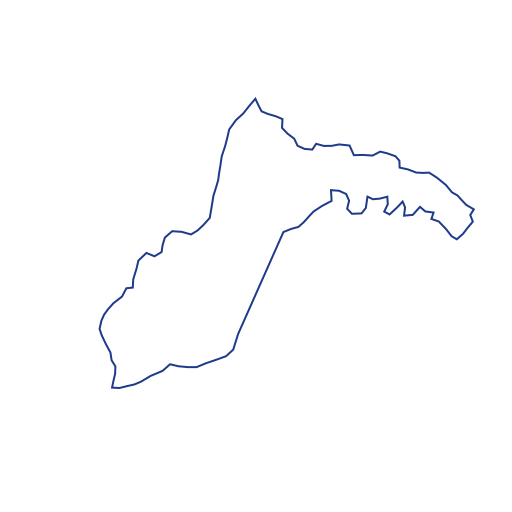 Riacho de Santo Antônio, Paraíba, Brazil, rotated 49°
{"feature_id": "56859067B45417589726630", "entity_name": "Riacho de Santo Antônio", "entity_type": "district", "adm_level": 2, "iso_a3": "BRA", "parent_name": "Brazil", "parent_adm1": "Paraíba", "projection": "robinson", "projection_center": [-36.132, -7.684], "detail": "fine", "context": "isolated", "style": "outline", "palette": "blue", "viewbox_px": 512, "rotation_deg": 49, "n_neighbors": 0, "source": "geoboundaries", "source_scale": "gbopen_adm2", "svg_char_len": 1757}
<svg xmlns="http://www.w3.org/2000/svg" viewBox="0 0 512 512"><g transform="rotate(49 256 256)"><path d="M372.3,69.8L365.6,67.4L363.7,61.0L355.4,63.8L348.9,64.1L342.5,64.2L336.6,66.3L326.8,66.1L315.5,68.1L306.6,70.7L302.8,75.5L298.2,80.3L290.2,84.6L283.5,89.6L278.2,85.3L272.2,85.3L264.6,89.6L258.7,93.8L256.7,102.1L249.6,109.3L244.1,116.0L234.0,112.9L226.3,120.1L222.4,126.8L217.4,132.6L210.8,137.0L212.6,143.7L207.0,149.1L200.1,152.3L192.5,150.2L184.5,151.9L176.4,152.3L170.0,146.2L163.5,149.4L156.8,153.7L150.5,156.9L143.5,155.2L136.9,153.3L138.3,162.6L140.1,172.4L140.3,182.0L142.9,193.2L148.3,200.6L152.8,207.2L158.3,216.5L164.1,223.2L169.1,229.3L173.8,234.6L177.3,240.0L182.6,248.6L189.6,257.0L196.9,265.9L198.1,275.5L198.4,283.4L197.1,290.9L188.9,296.3L182.3,303.0L182.3,312.7L186.7,319.6L191.1,324.7L189.6,332.8L181.8,336.7L182.3,347.8L187.1,354.4L193.1,364.0L199.0,369.7L195.3,375.0L198.7,383.7L198.1,394.7L199.1,402.7L200.6,409.1L203.4,415.1L208.4,421.9L214.8,424.5L223.7,427.0L233.4,429.2L240.0,433.4L247.0,434.5L252.4,439.5L256.5,445.2L260.9,451.0L266.0,445.7L270.0,437.9L273.2,432.0L275.4,425.2L277.3,414.4L281.4,401.8L281.3,391.9L288.3,386.9L295.0,380.5L300.9,373.7L304.2,363.9L308.1,354.4L312.0,344.2L311.7,334.6L303.1,320.6L255.9,219.6L258.7,211.5L261.9,204.9L261.8,197.5L260.9,190.3L260.2,183.4L261.5,173.5L264.0,162.8L255.5,156.2L261.3,150.5L268.4,147.3L275.4,149.5L280.1,156.2L287.1,155.9L293.1,148.4L291.8,141.6L284.3,132.9L289.9,130.5L294.0,124.8L297.4,118.0L303.4,122.6L306.6,130.1L312.3,127.9L311.9,117.1L311.1,109.6L317.1,111.6L322.7,117.8L327.8,110.7L326.5,100.0L333.4,99.0L339.7,93.5L343.1,99.3L349.9,95.4L360.6,94.9L369.4,95.4L375.1,93.5L375.1,85.3L373.7,78.5L372.3,69.8Z" fill="none" stroke="#1e3a8a" stroke-width="2"/></g></svg>